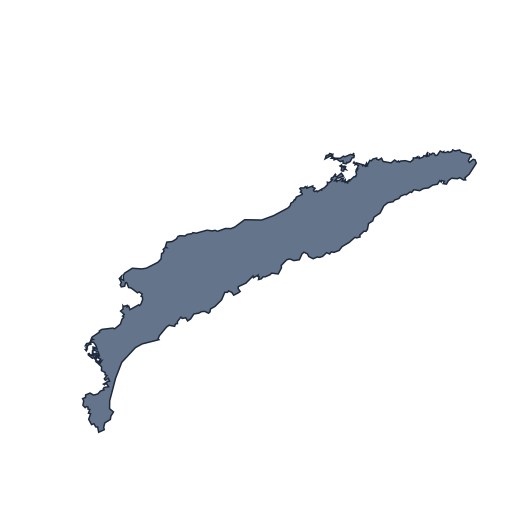 Halmahera Barat, Maluku Utara, Indonesia (Natural Earth projection), rotated 53°
{"feature_id": "22746128B52341022582766", "entity_name": "Halmahera Barat", "entity_type": "district", "adm_level": 2, "iso_a3": "IDN", "parent_name": "Indonesia", "parent_adm1": "Maluku Utara", "projection": "natural_earth1", "projection_center": [127.539, 1.359], "detail": "fine", "context": "isolated", "style": "filled", "palette": "slate", "viewbox_px": 512, "rotation_deg": 53, "n_neighbors": 0, "source": "geoboundaries", "source_scale": "gbopen_adm2", "svg_char_len": 6096}
<svg xmlns="http://www.w3.org/2000/svg" viewBox="0 0 512 512"><g transform="rotate(53 256 256)"><path d="M294.8,463.7L289.8,464.8L283.6,460.0L269.1,441.7L260.1,427.2L256.6,407.4L257.7,399.8L264.4,383.9L263.3,384.0L261.5,381.3L258.9,370.3L259.0,367.1L263.2,363.3L261.8,361.2L262.7,359.4L261.1,358.4L259.6,352.8L261.5,352.5L263.0,349.3L266.7,349.7L266.9,346.2L264.9,340.5L267.2,336.1L267.7,332.8L269.5,330.2L273.1,328.4L272.9,326.3L270.9,324.2L271.6,319.1L270.3,309.8L266.2,302.8L267.9,300.6L267.4,298.9L270.5,297.2L273.9,297.4L274.8,292.0L274.8,290.0L271.2,289.9L269.8,288.6L271.6,280.4L270.2,270.5L271.8,271.1L272.5,265.8L273.6,266.8L274.5,266.1L276.3,268.2L277.4,265.6L276.9,262.8L278.2,261.1L279.4,256.1L279.1,253.8L283.7,249.1L280.8,242.8L278.7,241.5L277.5,233.7L278.7,230.8L282.5,228.5L285.1,223.6L282.0,218.0L281.8,215.5L285.2,213.6L288.2,214.2L292.6,212.0L293.6,207.8L295.4,206.0L296.4,203.0L295.8,197.6L298.7,196.0L298.0,193.4L300.0,191.6L301.6,186.3L300.3,181.5L301.2,173.3L300.6,165.9L302.1,164.7L303.4,161.4L301.8,160.6L301.2,154.8L302.5,153.3L301.8,151.0L297.8,146.6L298.2,141.6L296.0,138.4L296.4,131.0L292.9,123.8L292.7,118.7L295.2,113.8L294.7,111.7L296.1,107.3L295.2,104.4L296.4,100.0L297.5,99.2L297.6,94.4L298.9,93.5L298.1,90.0L302.3,86.0L302.9,81.7L305.4,77.3L305.7,72.2L307.9,67.9L306.4,63.8L308.4,63.6L307.5,62.3L309.7,60.6L310.8,63.0L313.2,60.7L311.6,57.0L311.6,53.0L315.5,48.7L316.1,46.0L320.0,44.6L321.4,42.8L319.3,42.1L318.9,36.4L314.4,24.2L311.0,23.2L309.5,24.4L309.7,29.3L307.8,29.1L305.8,25.7L306.3,24.3L304.1,23.5L296.6,29.6L293.9,29.5L291.9,33.8L289.6,35.0L290.4,36.8L289.5,39.5L288.1,39.8L287.8,41.8L286.2,43.8L285.6,43.3L285.5,44.5L283.0,45.7L284.6,50.6L283.7,52.3L281.3,52.0L280.1,53.3L280.4,55.2L278.9,55.8L280.1,57.6L279.4,59.5L276.4,56.1L278.3,60.5L276.9,61.5L277.5,63.3L276.5,66.8L275.4,66.1L274.7,68.2L274.0,67.3L273.6,69.9L272.3,71.3L273.6,72.5L273.8,76.2L269.7,79.4L267.2,83.4L267.2,85.1L265.9,85.0L265.8,86.6L262.8,87.5L262.9,92.1L257.0,97.6L253.4,96.9L253.1,100.3L251.3,101.3L250.4,100.7L248.9,104.4L249.4,106.6L248.1,107.5L250.4,112.4L248.3,111.8L249.3,113.7L251.0,113.1L250.4,114.7L248.1,115.1L248.1,116.5L247.1,116.0L241.8,120.0L242.8,121.8L243.1,120.7L245.6,119.8L247.0,122.9L247.7,122.4L247.5,123.9L248.6,124.0L248.3,125.2L251.5,126.7L252.3,128.7L253.1,128.2L251.6,129.9L252.1,134.6L251.3,135.7L252.4,136.2L251.5,137.0L253.2,139.5L251.3,138.5L250.8,140.6L248.8,138.9L249.0,141.3L248.1,142.5L246.6,139.2L245.6,141.5L245.9,144.0L244.7,145.3L245.1,146.5L244.2,146.3L243.3,147.8L242.5,144.0L243.5,143.0L244.8,138.1L241.2,138.0L241.4,143.5L239.5,145.0L239.0,143.4L238.4,143.4L239.5,146.7L239.1,148.8L240.0,150.0L241.0,149.1L241.3,149.9L241.5,153.5L240.0,154.6L242.0,155.9L242.7,160.3L242.1,163.5L242.9,164.0L242.0,164.6L241.6,168.4L240.6,168.2L239.6,170.6L238.1,170.6L237.5,168.1L235.1,169.3L234.2,168.5L232.5,174.5L231.4,173.7L231.5,174.7L230.3,174.9L230.5,176.9L228.5,179.3L228.6,180.5L231.4,180.4L231.7,182.1L233.8,181.4L234.6,182.2L233.2,188.3L234.7,190.9L234.1,191.4L235.1,193.6L234.8,196.5L236.4,198.3L236.9,201.6L234.3,217.9L230.7,229.8L220.2,243.2L220.1,255.4L219.1,259.4L215.6,263.9L213.1,271.9L210.8,273.3L209.7,275.8L205.9,279.6L201.8,290.0L199.4,292.3L199.5,293.9L197.3,298.0L197.3,300.6L194.1,304.4L193.4,306.4L194.5,309.5L194.0,314.2L191.2,318.9L194.1,322.8L195.5,322.4L194.6,323.6L194.9,326.2L196.5,326.3L197.6,328.3L197.2,329.9L201.2,333.6L202.0,338.2L199.7,351.0L197.5,355.1L191.3,362.2L190.6,371.3L191.7,373.8L195.7,376.4L192.9,377.7L191.2,375.8L191.8,378.8L196.2,379.4L197.3,381.8L199.6,382.2L201.1,379.1L198.8,376.3L199.5,375.3L204.5,376.7L206.4,375.0L214.1,372.8L214.3,371.0L218.0,369.8L219.0,372.0L220.3,371.3L222.7,372.9L225.1,376.8L225.5,378.8L224.4,379.0L223.0,389.0L219.4,387.8L219.1,389.5L218.0,388.5L216.5,392.2L215.7,392.2L218.3,394.1L218.5,397.3L223.4,396.4L223.7,398.7L224.4,398.3L225.3,398.5L225.9,401.1L228.8,405.3L229.1,412.7L227.4,413.7L221.8,423.4L221.6,426.3L222.6,426.6L222.1,435.8L223.0,437.3L224.6,436.3L223.8,438.6L225.6,439.3L227.2,437.7L231.0,437.7L234.7,439.0L232.8,440.0L233.6,442.1L237.4,439.8L240.3,440.7L237.3,441.9L238.3,443.4L237.2,443.4L237.6,444.4L235.2,444.4L235.8,445.9L236.7,444.8L236.9,446.4L237.4,445.3L238.0,446.0L235.2,447.9L233.5,447.8L233.1,448.7L234.1,449.5L239.3,448.2L240.1,445.6L239.4,443.1L241.1,440.8L240.8,442.7L241.7,442.1L242.0,443.7L244.9,442.1L245.7,445.4L243.6,446.4L244.0,447.4L246.1,446.9L246.9,442.5L247.9,445.3L247.0,445.1L247.1,446.7L251.6,446.0L254.5,448.4L258.3,446.6L260.0,448.0L261.7,447.0L262.8,451.1L264.5,451.1L264.8,447.6L267.9,448.3L266.5,450.3L267.2,451.0L266.5,454.9L267.6,454.5L267.4,453.2L268.5,452.2L271.7,452.4L269.6,456.4L270.2,458.0L271.4,458.0L270.2,461.6L271.0,465.2L269.4,469.4L265.6,471.0L264.4,475.7L266.4,477.3L265.5,480.3L267.9,480.7L271.1,484.1L274.3,483.7L274.3,481.9L275.5,481.1L277.2,482.3L278.6,481.1L280.7,484.4L282.5,483.0L285.7,487.9L291.7,488.8L292.4,486.4L296.2,486.8L297.3,485.4L302.1,487.7L303.4,481.7L301.1,480.7L298.3,477.2L298.9,470.7L296.5,468.2L294.8,463.7ZM233.9,117.7L232.7,115.8L233.3,118.2L231.8,119.3L230.3,125.3L228.9,126.0L228.7,129.9L225.1,134.4L223.4,135.0L223.3,136.9L225.0,135.1L226.2,135.8L226.9,133.3L231.4,131.8L232.3,129.2L234.2,130.6L236.6,128.6L235.9,127.1L236.8,126.7L237.2,123.8L235.5,120.2L236.3,118.6L234.8,117.0L233.9,117.7ZM222.9,135.5L221.1,133.5L220.8,134.9L220.1,134.2L218.5,135.4L219.0,137.2L218.0,139.4L220.0,142.3L220.8,136.5L222.9,135.5ZM238.7,130.6L237.6,131.1L237.7,132.7L236.4,132.4L235.5,133.9L234.7,133.1L234.6,134.8L236.7,134.0L238.9,136.4L240.1,136.0L240.9,134.9L239.6,133.3L241.2,132.1L239.4,132.3L238.7,130.6ZM227.2,441.0L224.5,439.5L225.3,441.3L224.0,444.0L225.0,446.4L226.4,444.8L226.2,442.8L227.2,441.0ZM240.7,443.7L239.7,443.8L240.6,446.4L242.9,446.8L240.7,443.7ZM233.0,441.6L232.3,439.8L230.6,440.9L232.3,442.2L233.0,441.6ZM228.0,448.6L229.6,448.6L228.9,447.1L228.0,448.6ZM227.1,446.9L228.0,446.6L227.3,445.7L227.1,446.9ZM241.5,121.6L239.9,121.2L240.3,122.2L241.5,121.6ZM233.9,444.1L233.9,442.9L233.5,442.5L233.3,443.6L233.9,444.1Z" fill="#64748b" stroke="#1e293b" stroke-width="1.5"/></g></svg>